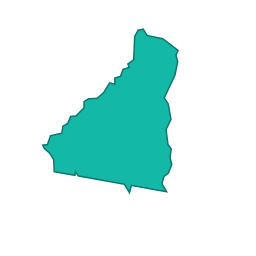 Wheeler, Georgia, United States of America (orthographic projection), rotated 235°
{"feature_id": "52423323B75387394783245", "entity_name": "Wheeler", "entity_type": "district", "adm_level": 2, "iso_a3": "USA", "parent_name": "United States of America", "parent_adm1": "Georgia", "projection": "orthographic", "projection_center": [-82.703, 32.114], "detail": "fine", "context": "isolated", "style": "filled", "palette": "teal", "viewbox_px": 256, "rotation_deg": 235, "n_neighbors": 0, "source": "geoboundaries", "source_scale": "gbopen_adm2", "svg_char_len": 810}
<svg xmlns="http://www.w3.org/2000/svg" viewBox="0 0 256 256"><g transform="rotate(235 128 128)"><path d="M134.5,42.5L119.7,57.3L122.2,59.9L117.2,59.8L99.7,77.2L84.0,92.8L74.2,92.1L79.0,97.9L58.1,118.6L53.7,123.1L62.8,123.8L67.7,129.6L67.9,135.2L73.0,142.9L79.6,145.4L86.1,151.4L91.6,151.3L104.9,158.3L110.4,168.1L124.5,174.7L131.9,175.0L144.4,196.8L153.8,206.7L160.2,209.1L162.8,213.5L181.1,207.7L192.8,196.7L200.4,197.2L200.7,195.9L202.3,192.5L199.2,186.0L180.6,171.8L180.5,164.6L176.9,163.9L178.9,157.6L174.6,151.4L176.5,145.9L171.4,142.3L175.5,138.9L170.9,128.1L170.0,119.8L174.6,112.3L174.9,107.2L169.8,103.5L167.7,92.3L170.3,87.7L166.4,81.4L166.8,75.6L161.7,70.9L166.1,60.1L160.6,52.4L162.9,48.4L159.1,47.7L152.3,49.4L144.8,49.0L134.5,42.5Z" fill="#14b8a6" stroke="#0f766e" stroke-width="1.5"/></g></svg>